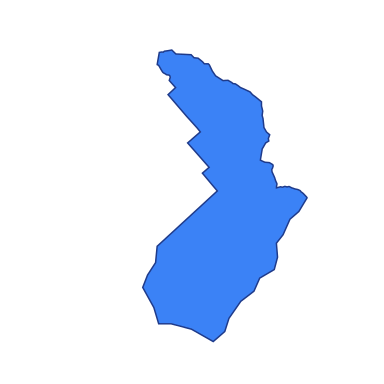 the district of Suame Municipal, Ashanti, Ghana, rotated 49°
{"feature_id": "2480657B48966175900279", "entity_name": "Suame Municipal", "entity_type": "district", "adm_level": 2, "iso_a3": "GHA", "parent_name": "Ghana", "parent_adm1": "Ashanti", "projection": "natural_earth1", "projection_center": [-1.672, 6.735], "detail": "fine", "context": "isolated", "style": "filled", "palette": "blue", "viewbox_px": 384, "rotation_deg": 49, "n_neighbors": 0, "source": "geoboundaries", "source_scale": "gbopen_adm2", "svg_char_len": 2049}
<svg xmlns="http://www.w3.org/2000/svg" viewBox="0 0 384 384"><g transform="rotate(49 192 192)"><path d="M169.5,80.4L161.7,81.7L160.0,82.1L158.2,82.5L154.6,82.5L148.7,85.1L144.9,86.9L141.8,87.5L138.9,88.3L136.8,90.1L135.6,90.1L132.7,91.1L131.4,91.5L129.8,93.5L128.3,95.5L119.8,98.0L114.0,97.3L107.4,95.5L106.7,95.6L106.0,95.6L103.3,98.6L100.7,98.6L97.8,99.1L95.0,99.6L92.0,102.4L87.8,102.6L82.6,108.0L77.3,113.6L71.6,114.1L69.3,117.9L67.6,120.5L67.6,121.2L67.6,121.9L66.4,123.1L65.2,125.1L70.2,131.3L72.9,134.6L73.2,134.7L73.5,134.5L73.8,134.3L74.4,134.2L75.3,134.2L77.2,134.6L79.1,135.0L80.3,135.2L81.5,135.4L82.7,135.5L83.6,135.3L84.2,135.1L84.9,134.8L85.8,134.5L86.6,134.4L87.0,134.1L87.6,133.6L88.2,133.1L88.8,132.6L89.6,132.5L90.4,132.8L91.2,133.2L92.9,136.0L102.4,135.9L102.8,146.2L131.4,146.4L146.9,146.1L152.1,146.3L152.1,163.1L184.6,162.9L184.6,171.8L199.8,172.1L207.8,172.2L210.1,253.9L221.4,265.8L225.5,280.0L231.7,291.8L254.2,296.6L269.6,303.6L277.8,294.2L295.2,282.4L318.8,274.1L318.8,258.8L311.6,247.0L306.5,226.9L307.5,210.3L301.4,197.4L304.5,180.8L297.3,170.2L286.0,161.9L284.0,151.3L276.8,135.9L276.8,124.1L271.9,109.0L271.0,108.8L268.5,108.9L266.1,109.0L264.5,109.3L263.3,109.6L263.1,109.6L262.7,109.5L262.1,109.5L261.6,109.6L259.8,110.4L258.9,111.0L257.5,112.1L256.7,112.6L255.4,113.3L254.8,113.7L254.3,114.0L252.3,114.8L251.8,115.0L251.5,115.2L250.5,117.0L250.0,117.3L248.7,118.2L247.7,120.6L246.1,121.8L245.6,122.9L244.3,125.5L243.2,124.5L242.4,123.5L241.7,122.6L240.7,122.2L238.6,121.6L236.7,120.8L235.6,120.3L234.4,119.9L233.4,119.6L231.1,118.9L229.4,118.4L228.3,117.7L227.4,117.1L226.7,115.4L225.6,113.7L224.9,113.3L224.3,113.1L220.6,114.3L217.3,117.5L214.0,119.0L212.9,119.5L211.8,118.3L209.9,116.0L206.2,111.5L205.5,110.7L205.2,109.7L204.9,108.7L204.3,107.1L203.3,104.1L203.4,103.7L203.9,100.6L201.7,99.3L199.8,95.8L195.9,96.4L195.0,96.3L190.5,95.4L189.3,94.5L183.1,90.2L181.6,89.5L180.2,88.8L177.4,85.6L174.8,84.2L173.8,83.7L172.8,83.2L171.6,82.2L169.5,80.4Z" fill="#3b82f6" stroke="#1e3a8a" stroke-width="1.5"/></g></svg>